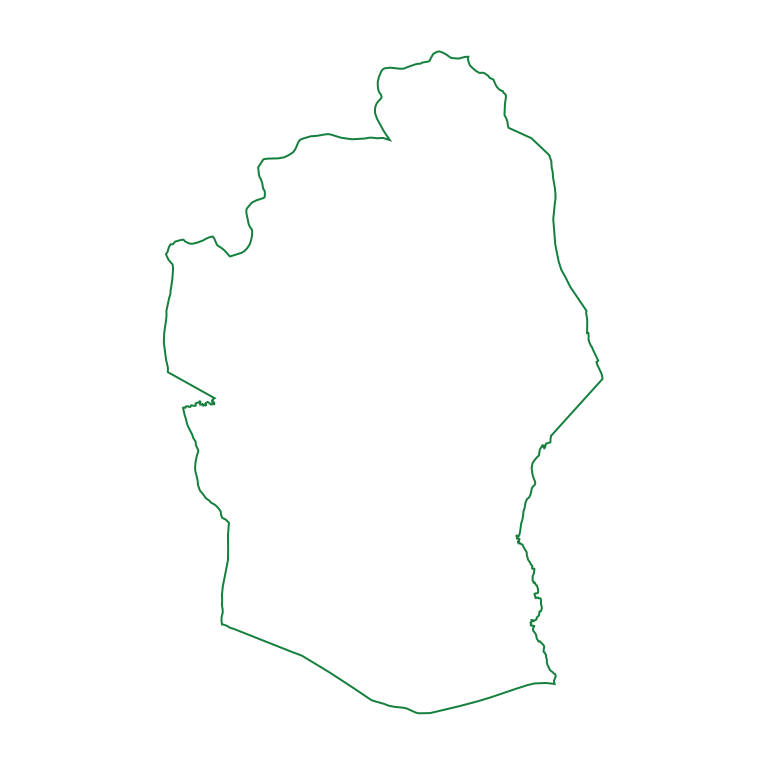 Bua Lai, Nakhon Ratchasima, Thailand, rotated 88°
{"feature_id": "78962969B37861648754674", "entity_name": "Bua Lai", "entity_type": "district", "adm_level": 2, "iso_a3": "THA", "parent_name": "Thailand", "parent_adm1": "Nakhon Ratchasima", "projection": "mercator", "projection_center": [102.534, 15.669], "detail": "fine", "context": "isolated", "style": "outline", "palette": "green", "viewbox_px": 768, "rotation_deg": 88, "n_neighbors": 0, "source": "geoboundaries", "source_scale": "gbopen_adm2", "svg_char_len": 6110}
<svg xmlns="http://www.w3.org/2000/svg" viewBox="0 0 768 768"><g transform="rotate(88 384 384)"><path d="M689.7,224.0L687.5,224.5L686.4,224.5L685.2,223.8L683.5,223.3L682.4,222.6L681.3,222.7L679.6,223.3L679.1,224.6L678.0,225.3L676.6,227.2L675.5,228.2L670.1,230.5L667.6,231.0L664.8,230.8L663.9,231.2L662.2,231.6L660.7,231.3L659.6,232.2L657.8,232.9L657.4,233.7L656.9,233.8L655.0,233.7L652.9,233.1L651.5,233.2L650.9,233.5L650.1,234.2L648.9,235.0L647.8,236.3L646.6,237.1L646.5,237.5L646.8,238.2L646.6,238.7L645.6,239.1L644.3,239.9L642.4,240.5L640.6,240.6L639.5,241.0L638.2,241.7L635.9,243.4L634.9,243.7L633.1,243.5L631.6,242.4L631.0,242.4L630.6,245.2L630.4,245.7L630.0,245.8L629.0,245.2L627.6,245.9L626.7,244.8L625.0,244.8L625.0,244.4L625.4,243.5L626.2,243.4L626.3,243.1L625.9,242.1L625.2,241.2L624.6,239.8L622.9,239.5L621.6,238.3L621.0,237.5L620.1,237.0L617.0,236.6L616.7,236.4L616.7,235.5L616.5,235.1L613.9,234.1L611.5,234.2L609.8,234.8L604.8,234.7L604.2,234.9L603.5,235.5L603.6,237.0L602.7,237.8L602.8,238.3L603.2,239.5L603.2,239.9L599.1,241.0L598.9,240.9L598.7,240.6L598.3,237.8L597.8,237.4L596.9,237.2L594.8,237.2L590.9,238.1L589.8,239.4L588.7,239.8L587.6,240.4L587.5,240.8L587.9,241.2L587.8,241.5L586.4,241.6L585.5,242.4L582.3,242.2L581.0,242.0L578.1,240.7L576.3,240.5L574.2,240.1L573.8,240.4L573.8,241.8L573.5,242.4L572.6,242.4L571.5,242.1L570.8,242.2L569.9,243.2L567.5,244.3L564.3,246.3L562.3,246.6L560.2,247.3L557.6,247.2L556.7,247.5L552.4,249.9L550.6,250.8L549.3,251.2L548.5,253.1L547.6,253.9L547.6,254.3L548.0,254.9L547.5,255.3L546.2,255.7L546.0,255.4L546.3,254.7L546.2,254.5L545.6,254.4L544.8,254.7L544.0,254.1L543.6,254.1L543.4,254.5L543.1,256.5L541.4,256.6L540.5,257.0L540.1,256.7L540.1,256.3L541.0,255.5L541.1,254.9L539.4,253.9L538.9,253.9L537.1,253.3L527.9,251.7L525.1,250.6L520.7,249.6L516.9,249.2L514.5,248.5L513.6,248.0L507.5,246.7L504.0,245.1L502.7,243.2L500.0,241.6L496.6,240.6L493.3,239.9L491.8,238.8L489.9,236.8L488.7,236.3L486.5,236.5L484.1,237.5L480.4,238.6L473.4,239.4L468.4,238.4L465.0,235.9L462.8,233.9L460.8,231.6L455.3,230.7L451.1,228.0L453.8,226.1L453.2,225.3L451.2,225.9L451.5,224.8L449.7,224.4L449.1,223.8L449.1,223.2L448.6,221.9L448.2,219.8L443.4,219.3L442.8,219.0L441.7,218.9L386.5,165.4L383.0,165.8L380.2,166.7L372.4,170.1L369.5,170.9L368.2,169.1L358.4,173.4L354.2,175.0L353.3,175.7L351.0,176.7L349.3,177.4L346.6,178.0L342.2,177.8L340.1,178.0L340.2,179.3L328.9,178.7L324.9,178.8L322.8,179.2L319.5,179.5L317.9,179.1L293.7,194.3L283.9,198.8L276.1,202.8L268.0,205.1L256.2,207.1L249.9,208.0L225.2,209.1L208.9,206.9L204.7,206.1L200.4,206.0L194.0,206.4L183.0,207.9L178.1,208.0L174.1,208.8L169.6,209.0L167.7,208.9L161.0,210.9L143.5,228.1L132.3,250.6L130.5,251.1L125.8,251.6L123.0,252.5L119.3,254.2L107.9,253.3L102.0,252.2L99.6,252.1L97.5,253.8L97.1,254.4L95.4,255.1L94.9,256.7L93.7,258.5L91.2,260.7L89.5,261.7L83.5,264.1L81.8,267.6L79.6,269.1L76.7,273.1L76.3,275.1L76.5,277.3L76.2,278.2L74.3,281.2L71.3,284.5L68.9,286.8L67.7,287.4L63.9,288.5L62.5,288.8L59.9,288.3L59.9,291.4L61.4,298.0L60.6,305.1L59.8,306.5L57.0,310.1L55.0,313.4L53.8,316.4L53.5,317.6L54.1,319.8L55.7,323.1L58.4,324.9L62.8,327.3L63.3,328.6L64.1,334.5L65.0,336.1L65.2,337.1L65.1,338.7L65.7,341.8L68.3,350.0L69.5,353.2L69.5,356.8L68.1,366.7L68.5,372.1L69.3,374.0L71.2,375.7L76.9,378.3L81.8,379.7L85.4,379.8L89.5,379.5L92.2,378.7L94.5,377.0L96.4,376.5L98.1,376.6L100.2,378.8L103.3,381.5L105.9,382.7L108.2,383.3L110.5,383.5L113.4,383.4L118.9,381.6L131.5,375.3L140.4,369.7L138.3,375.6L138.0,376.7L138.2,382.0L137.5,386.8L137.3,389.6L138.0,394.6L138.3,407.4L136.6,417.2L136.0,419.4L132.7,428.9L132.3,431.3L132.5,434.0L133.6,442.0L133.9,448.6L136.0,456.8L137.1,459.5L139.2,461.1L145.9,464.2L149.2,466.7L152.0,471.3L154.0,475.9L154.8,481.9L154.7,491.9L155.0,495.5L155.5,496.9L163.1,502.2L170.0,501.7L172.8,501.1L175.3,499.8L178.9,498.7L184.4,498.0L187.0,496.5L190.4,496.4L192.9,496.7L193.9,497.8L196.1,505.4L198.2,509.9L203.7,514.8L204.7,515.3L206.8,515.6L209.3,515.4L219.7,513.6L222.1,512.6L224.9,510.8L226.3,510.4L229.6,510.5L233.8,511.3L237.4,512.4L240.0,513.5L243.3,515.8L246.1,518.7L247.8,521.4L251.2,533.5L245.0,538.7L242.6,541.4L239.7,545.6L238.5,546.3L234.0,548.1L233.1,548.3L230.7,549.9L231.1,553.0L232.5,556.5L234.3,560.0L236.4,566.5L237.2,571.0L236.8,573.7L235.0,577.1L234.2,578.2L233.1,579.0L232.7,579.8L233.2,583.1L233.9,585.4L234.3,587.5L236.8,590.0L237.1,591.4L236.9,592.4L239.7,594.2L244.5,595.8L246.7,597.4L252.2,595.1L257.2,591.1L260.4,590.8L262.9,590.9L272.7,592.0L283.7,594.1L286.7,594.4L290.5,595.7L303.7,599.0L306.7,598.9L311.5,599.4L324.9,601.8L334.8,602.6L352.5,600.9L360.0,599.4L364.6,599.6L392.3,553.8L393.0,555.2L394.1,555.5L394.2,556.3L394.5,556.5L396.5,556.2L396.6,555.8L396.2,555.1L396.3,554.7L397.8,554.2L398.3,554.5L398.1,555.9L398.5,557.6L396.9,559.3L395.8,560.9L396.7,562.6L397.3,563.2L397.9,563.4L398.5,562.6L399.1,562.7L399.2,563.2L398.5,564.3L399.3,565.4L399.0,565.9L398.0,565.9L397.7,566.1L398.2,567.9L398.1,568.5L397.1,568.6L395.5,568.1L395.0,568.4L394.9,568.9L396.1,570.1L396.4,572.0L396.7,572.7L397.3,573.0L398.8,572.8L399.1,573.2L399.2,574.3L398.6,577.4L398.9,577.7L400.0,578.2L400.3,578.9L400.1,579.6L399.3,580.8L399.5,582.5L399.7,582.9L400.5,583.0L400.8,583.3L400.6,584.4L400.7,585.6L401.2,585.6L408.6,584.2L412.2,583.1L415.7,582.5L418.8,581.6L428.5,577.2L431.2,576.6L434.9,574.3L438.7,574.1L443.7,571.9L445.6,572.2L448.1,573.2L450.4,573.9L456.1,575.2L461.2,575.7L464.3,575.6L473.4,573.7L478.5,573.4L482.8,572.1L484.5,571.3L487.5,568.9L492.0,565.9L494.8,562.3L496.2,561.4L499.0,556.9L502.2,553.9L505.8,551.6L508.8,551.5L512.1,550.4L514.0,546.9L517.3,543.8L529.6,545.2L545.5,545.6L554.6,546.1L580.9,552.2L589.1,553.3L594.6,553.3L599.2,553.7L603.1,553.2L606.7,553.1L611.9,554.6L615.6,554.6L618.7,554.3L618.8,552.9L619.8,550.4L620.7,548.6L622.3,546.3L623.4,542.9L648.1,486.4L652.6,475.6L670.2,448.7L685.5,426.9L699.3,407.9L700.2,405.9L703.6,395.3L705.7,390.5L707.0,384.7L708.3,375.5L709.0,372.8L713.5,363.7L714.3,360.8L714.5,349.4L708.7,320.4L704.5,301.9L701.0,288.7L693.2,262.7L689.8,250.6L688.5,243.9L688.5,232.2L689.7,224.0Z" fill="none" stroke="#15803d" stroke-width="2"/></g></svg>